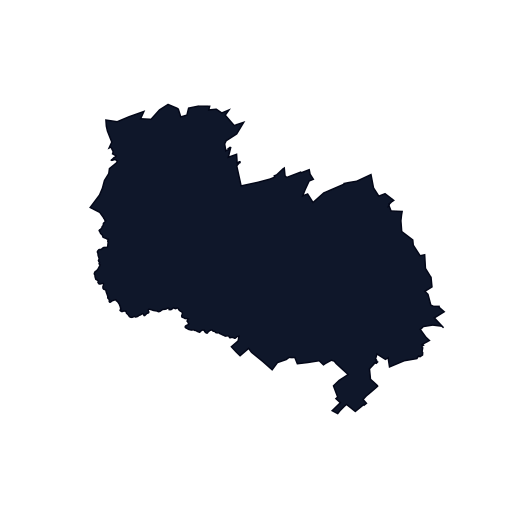 the district of Sekhukhune, Limpopo, South Africa, rotated 249°
{"feature_id": "47623444B21298621424908", "entity_name": "Sekhukhune", "entity_type": "district", "adm_level": 2, "iso_a3": "ZAF", "parent_name": "South Africa", "parent_adm1": "Limpopo", "projection": "equal_earth", "projection_center": [29.807, -24.813], "detail": "fine", "context": "isolated", "style": "filled", "palette": "ink", "viewbox_px": 512, "rotation_deg": 249, "n_neighbors": 0, "source": "geoboundaries", "source_scale": "gbopen_adm2", "svg_char_len": 6117}
<svg xmlns="http://www.w3.org/2000/svg" viewBox="0 0 512 512"><g transform="rotate(249 256 256)"><path d="M173.6,203.1L168.6,205.4L172.4,216.0L167.7,217.3L155.0,224.6L144.0,230.3L148.8,237.8L148.5,247.1L149.5,250.5L148.5,252.6L147.3,255.9L140.6,256.0L138.0,266.2L135.6,277.5L130.2,280.0L130.8,282.3L131.7,289.0L129.8,291.4L126.9,292.3L112.3,299.6L110.1,289.1L107.0,281.8L95.0,281.7L94.2,279.5L88.8,282.2L84.3,271.7L79.6,275.8L81.5,279.0L84.0,284.5L85.0,287.3L75.3,293.0L78.7,303.3L78.0,303.5L78.9,306.3L83.7,304.5L85.9,308.9L87.5,313.6L88.0,315.1L90.8,322.7L91.6,322.3L91.7,322.8L99.9,318.7L110.0,321.5L112.9,327.5L113.8,328.3L112.7,329.8L113.4,331.3L114.0,330.4L114.5,331.2L115.3,330.5L116.0,331.1L116.8,330.5L121.2,333.8L113.1,339.8L113.7,342.9L104.6,340.9L105.1,356.8L102.6,369.4L104.4,372.0L103.2,373.0L103.9,376.0L106.1,377.0L107.3,376.8L110.5,378.7L111.1,378.1L112.4,378.8L112.7,380.3L113.9,379.4L115.0,387.6L119.3,385.5L128.7,383.0L129.4,385.3L130.2,386.9L128.2,396.2L123.9,404.3L121.8,405.4L134.3,400.3L136.5,411.7L142.4,408.6L143.4,408.9L145.4,403.7L147.5,401.6L158.6,402.8L162.5,401.0L164.1,409.2L173.5,411.8L173.7,411.6L183.9,409.7L183.9,409.8L196.7,413.9L197.4,409.3L209.8,406.7L214.8,408.1L226.6,400.8L237.0,403.9L242.4,406.7L245.2,408.4L249.6,398.2L254.2,398.2L254.8,397.8L254.8,397.4L255.1,397.7L255.3,397.9L255.4,398.2L255.7,398.1L255.9,398.2L256.2,398.9L256.8,398.9L257.1,399.0L257.2,400.2L257.7,401.4L258.1,402.0L258.1,403.3L258.7,403.9L258.7,404.4L267.9,398.8L267.9,392.1L277.5,390.1L290.8,392.5L289.7,376.8L291.3,369.1L292.1,364.3L291.5,364.3L290.6,341.9L285.5,328.4L295.4,326.4L295.4,321.1L300.6,325.9L307.0,332.5L307.1,337.0L313.0,335.8L317.5,336.6L317.5,328.1L318.3,327.8L318.3,312.9L320.4,311.8L328.0,313.9L327.7,312.5L324.3,304.3L324.3,301.8L322.9,301.7L322.8,296.7L324.1,284.3L326.8,267.1L328.0,267.4L347.1,270.3L349.0,273.8L348.9,274.5L349.2,274.7L349.4,274.1L349.9,274.4L350.0,274.1L350.0,273.9L349.6,273.6L349.6,272.9L349.3,272.2L349.4,271.8L349.8,271.6L350.8,272.1L357.9,274.3L358.1,265.5L366.3,271.2L366.7,270.7L366.7,270.4L366.3,269.6L366.2,268.5L365.8,268.5L365.4,268.9L365.0,268.3L365.2,266.2L365.0,265.5L371.9,266.9L374.3,269.4L376.9,281.7L385.2,292.4L385.5,285.9L385.6,285.1L385.5,284.9L385.6,282.4L398.5,277.7L402.0,283.0L401.8,275.3L407.3,271.5L409.3,264.2L412.4,266.4L416.6,255.7L418.2,246.1L412.3,242.0L412.8,235.6L421.0,236.1L422.3,235.2L429.0,228.2L427.0,218.3L421.2,207.0L425.5,197.4L431.1,203.1L431.5,187.4L431.1,174.5L436.7,164.6L430.8,162.8L426.0,162.1L414.0,162.2L409.5,157.6L409.6,158.8L409.2,159.5L408.6,159.9L406.8,159.8L405.4,160.2L403.7,159.5L402.8,158.7L400.4,160.7L399.8,161.2L399.3,161.2L399.0,160.8L398.7,158.6L397.6,156.2L397.6,155.6L397.3,155.3L397.0,155.6L396.9,156.0L396.7,158.4L396.5,159.1L395.9,159.7L395.3,159.9L394.4,160.7L393.0,159.3L390.1,150.5L385.7,148.1L380.8,141.6L374.3,136.9L369.0,131.8L360.7,118.6L352.7,125.8L346.2,127.5L345.9,127.4L344.3,127.8L343.5,127.7L343.2,127.9L342.9,128.4L342.6,128.2L341.7,126.7L341.3,125.5L340.8,125.0L339.3,124.4L338.6,122.9L337.7,122.5L337.0,121.1L336.4,120.6L336.4,120.3L336.5,119.6L336.3,119.1L336.0,118.7L334.9,118.8L334.1,119.0L332.8,119.0L330.4,120.1L328.5,119.9L327.5,120.8L326.0,122.5L325.2,123.0L324.9,123.4L324.8,124.1L324.4,124.2L324.1,124.1L323.4,123.2L323.1,123.0L322.4,122.8L321.4,122.9L320.7,122.3L319.8,121.9L319.3,121.5L318.4,121.3L318.0,120.9L317.5,120.1L317.5,119.7L318.2,118.0L318.5,117.2L318.4,115.9L317.6,113.9L318.2,112.0L318.2,111.6L317.3,109.9L316.9,109.5L316.4,109.3L315.2,109.4L313.0,108.8L309.9,108.7L309.1,108.2L308.3,107.3L307.4,107.3L306.3,107.7L304.9,106.7L303.7,107.3L303.4,107.2L300.4,103.8L299.2,101.6L299.2,100.6L298.9,100.0L297.7,98.8L296.9,98.6L295.7,98.8L294.3,98.3L291.7,98.1L290.4,99.1L289.1,99.8L288.8,99.7L288.0,99.0L286.3,99.4L285.7,100.3L285.4,103.3L285.1,103.6L284.7,103.7L283.7,103.3L282.1,102.0L280.7,101.6L279.6,101.9L278.5,103.2L277.7,103.6L276.4,103.3L271.5,103.2L270.3,102.7L269.8,102.6L267.5,103.5L267.1,103.4L266.8,102.9L266.7,102.8L265.9,102.7L265.5,102.8L265.3,102.9L265.1,103.6L265.7,105.6L265.6,108.9L265.4,109.4L265.1,109.6L264.4,109.5L263.1,110.4L260.2,111.1L257.3,111.1L255.5,110.8L254.9,110.9L254.7,110.7L254.2,109.7L253.9,109.6L253.1,110.0L252.1,110.9L252.0,113.0L251.4,114.1L250.9,114.8L249.1,114.6L247.0,115.6L244.8,116.1L244.4,116.4L243.8,117.0L243.2,118.1L243.1,119.2L243.2,120.5L243.1,120.8L242.2,121.7L242.0,123.3L242.0,123.9L242.5,125.6L242.4,126.8L242.9,129.4L242.8,129.7L242.3,130.0L241.4,130.0L240.4,130.3L240.3,130.8L241.5,133.5L241.4,134.8L241.6,135.5L242.1,135.9L244.0,135.8L244.4,136.2L244.7,136.8L244.6,137.2L243.5,138.9L242.0,140.6L240.1,143.9L239.1,144.8L238.8,145.3L238.8,146.9L239.1,147.8L239.5,149.7L238.9,151.8L238.7,153.1L238.8,153.7L239.0,154.3L238.9,155.0L238.7,155.7L238.4,156.0L237.1,155.7L236.5,157.0L236.4,157.4L236.8,159.3L237.0,159.9L237.2,160.1L237.3,160.5L236.9,160.9L236.4,161.2L235.7,161.8L235.6,162.5L235.8,163.6L235.5,164.1L235.2,164.4L234.7,164.6L233.5,164.7L233.1,165.0L232.7,165.0L231.4,165.8L230.6,166.6L229.5,166.9L229.0,166.9L228.7,166.6L228.2,166.4L227.2,165.5L226.8,165.2L226.0,165.0L225.3,165.1L224.5,166.2L223.1,167.3L222.6,168.3L222.2,169.6L221.4,170.4L220.6,168.9L219.8,168.3L218.9,168.8L217.9,168.6L216.9,169.0L216.5,168.8L216.2,168.3L216.1,166.0L215.8,165.0L215.4,164.6L214.8,164.4L213.8,164.9L212.9,165.8L211.7,166.7L210.0,169.1L209.8,170.1L209.3,171.6L208.6,172.0L207.8,173.4L206.7,174.1L205.0,176.0L205.1,176.4L205.6,177.2L206.1,179.1L206.1,179.7L205.7,180.1L205.4,181.0L204.9,181.3L204.3,181.0L203.9,181.0L203.6,181.3L203.1,181.3L202.5,181.6L201.7,182.3L201.5,183.0L202.4,184.3L203.0,186.4L202.9,187.8L202.6,188.5L202.1,188.7L201.4,188.9L201.0,189.3L200.9,189.7L200.4,190.5L199.1,190.9L198.6,191.4L198.3,192.1L197.9,192.8L197.7,193.6L197.5,194.2L196.9,194.2L196.3,194.6L195.2,195.9L194.5,196.3L193.8,197.2L192.2,198.6L191.8,200.4L191.2,201.8L190.8,202.0L190.1,202.0L189.2,202.2L189.0,202.4L188.9,202.7L188.9,203.5L188.3,205.1L187.7,205.8L186.9,206.5L186.7,207.1L187.5,209.3L187.5,209.9L187.2,211.4L183.1,208.8L180.1,200.5L173.6,203.1Z" fill="#0f172a" stroke="#020617" stroke-width="1.5"/></g></svg>